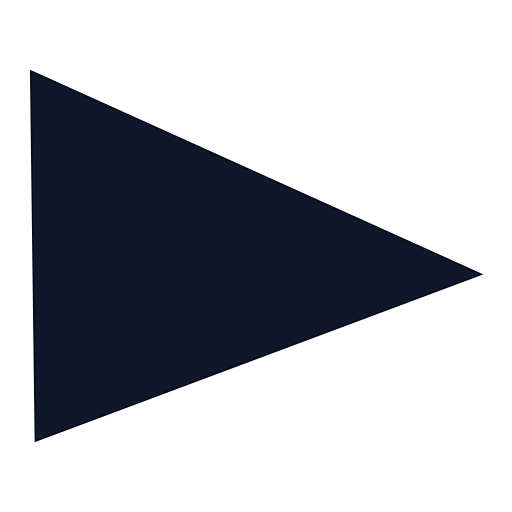 the border of Anabar
{"feature_id": "NRU-4979", "entity_name": "Anabar", "entity_type": "state/province", "adm_level": 1, "iso_a3": "NRU", "parent_name": "Nauru", "parent_adm1": "", "projection": "orthographic", "projection_center": [166.943, -0.497], "detail": "fine", "context": "isolated", "style": "filled", "palette": "ink", "viewbox_px": 512, "rotation_deg": 0, "n_neighbors": 0, "source": "natural_earth", "source_scale": "10m", "svg_char_len": 175}
<svg xmlns="http://www.w3.org/2000/svg" viewBox="0 0 512 512"><path d="M30.7,70.9L481.3,274.3L35.4,441.1L30.7,70.9Z" fill="#0f172a" stroke="#020617" stroke-width="1.5"/></svg>